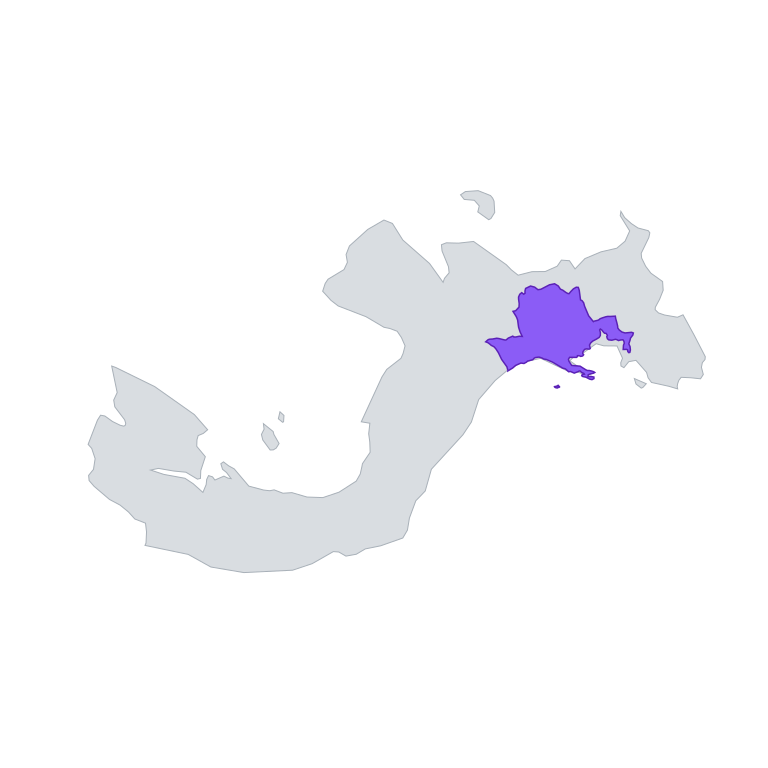 Ngöbe Buglé highlighted on a map of Panama, rotated 152°
{"feature_id": "PAN-3454", "entity_name": "Ngöbe Buglé", "entity_type": "Indigenous Territory", "adm_level": 1, "iso_a3": "PAN", "parent_name": "Panama", "parent_adm1": "", "projection": "natural_earth1", "projection_center": [-81.839, 8.721], "detail": "fine", "context": "in_parent", "style": "filled", "palette": "violet", "viewbox_px": 768, "rotation_deg": 152, "n_neighbors": 0, "source": "natural_earth", "source_scale": "10m", "svg_char_len": 5927}
<svg xmlns="http://www.w3.org/2000/svg" viewBox="0 0 768 768"><g transform="rotate(152 384 384)"><path d="M670.8,353.7L668.8,355.3L663.1,364.9L659.9,373.1L667.4,381.8L669.7,391.0L673.9,401.0L680.6,411.0L688.0,429.7L689.7,437.2L687.7,442.0L680.6,445.0L674.1,453.7L672.3,464.4L673.6,469.6L654.0,486.6L648.9,489.5L645.5,486.8L641.3,478.3L636.3,471.4L633.6,469.0L632.0,468.9L630.5,470.5L629.8,474.2L632.4,490.2L630.2,496.7L623.6,501.7L616.0,527.7L613.0,524.4L587.7,489.4L565.8,446.0L561.2,426.4L566.8,425.2L572.3,425.7L575.3,422.6L578.6,416.9L575.9,403.7L586.4,393.6L590.4,386.8L593.4,387.6L600.3,399.1L610.4,405.8L622.8,415.4L630.5,417.6L620.8,407.5L604.0,394.2L599.3,385.5L594.8,373.3L588.3,378.6L585.3,383.0L581.9,385.5L579.0,382.5L578.4,378.6L568.6,377.8L566.0,374.2L563.4,372.2L564.6,379.8L566.6,384.5L565.5,390.2L562.3,390.6L559.6,384.7L556.1,379.4L551.3,357.3L540.1,346.9L535.0,343.4L530.7,342.1L524.5,335.0L516.3,331.3L505.0,320.3L491.3,312.4L474.5,309.6L454.1,311.3L447.2,315.7L442.5,321.2L440.4,323.8L428.3,330.2L423.8,339.4L420.9,347.2L414.9,356.0L421.8,361.3L382.5,391.2L374.7,395.6L357.0,398.7L352.9,401.9L347.5,407.8L346.8,416.8L347.6,424.4L352.8,430.3L357.4,434.1L368.3,451.9L387.8,474.4L391.5,482.6L394.6,494.7L388.7,500.4L384.2,502.8L365.6,503.8L359.2,508.6L356.7,516.1L349.7,522.1L325.8,528.1L307.1,528.8L301.2,521.8L299.8,502.3L287.2,469.0L284.1,446.0L281.0,448.9L274.3,451.6L272.0,457.3L270.3,474.2L267.9,480.0L262.7,479.4L252.1,473.4L238.0,467.8L220.0,431.9L218.0,425.1L214.5,417.1L200.6,413.7L188.8,407.6L175.8,406.7L169.2,410.1L162.4,405.8L161.3,395.9L147.7,400.4L130.3,398.8L114.7,394.6L104.1,396.9L95.2,403.8L96.4,421.7L93.8,425.2L93.4,417.9L90.3,409.5L86.5,402.5L78.7,395.3L78.3,392.7L81.4,389.0L95.6,378.6L97.4,374.2L97.7,365.1L96.3,356.5L89.9,343.7L93.5,335.7L100.9,329.4L108.4,324.4L109.7,322.3L108.3,317.9L103.9,313.2L93.6,305.2L87.5,304.7L87.2,281.7L87.5,257.3L89.1,254.9L92.9,253.4L95.9,249.7L97.6,242.5L102.1,240.0L110.2,245.5L118.5,250.4L122.0,248.8L124.6,246.4L126.4,244.0L127.0,241.8L133.6,248.3L147.1,259.8L147.9,265.5L146.7,271.0L150.4,286.6L157.4,288.8L164.5,285.8L166.3,288.7L165.0,291.6L161.3,294.8L160.4,308.2L172.0,314.5L177.8,320.0L197.1,317.4L204.2,318.8L209.0,317.2L203.6,306.5L196.4,298.5L197.0,294.9L202.5,297.6L206.7,303.0L216.1,309.7L233.6,333.1L253.6,338.8L269.4,338.0L284.2,334.9L307.7,325.8L324.7,309.4L338.2,302.1L382.2,286.5L397.8,270.2L404.4,268.0L410.7,266.0L424.5,253.7L431.9,244.0L439.7,239.2L462.9,242.7L478.0,247.2L488.4,246.7L498.4,249.9L502.8,256.9L507.4,259.8L531.9,259.1L552.1,262.5L596.3,283.3L622.8,303.7L636.9,325.5L670.8,353.7ZM227.6,515.1L221.8,515.7L210.1,510.5L201.5,500.4L200.8,497.1L201.0,493.8L205.7,483.5L211.9,479.9L214.4,479.9L220.4,491.9L216.3,496.5L218.0,503.8L226.5,509.3L227.6,515.1ZM511.1,400.4L509.1,405.6L504.2,394.1L504.9,391.1L504.6,380.7L509.3,378.0L512.7,377.8L515.5,379.2L517.3,391.5L515.9,397.0L511.1,400.4ZM161.5,265.7L160.4,271.3L152.3,261.1L157.1,259.4L158.8,259.6L161.5,265.7ZM493.6,402.9L488.9,408.3L487.1,403.2L490.4,397.8L491.5,397.8L493.6,402.9Z" fill="#d9dde1" stroke="#a8b0b8" stroke-width="1"/><path d="M185.3,318.5L186.2,318.4L187.5,319.1L188.6,319.9L190.3,320.4L191.8,319.9L193.4,318.9L194.3,317.5L194.0,316.1L195.1,315.6L196.1,315.6L197.5,316.1L197.7,316.6L198.8,317.6L199.9,318.2L200.4,317.4L201.5,317.1L207.6,320.4L209.5,319.3L210.0,317.2L209.6,312.3L202.5,307.7L198.9,301.4L197.9,300.3L196.5,299.6L194.6,298.0L193.0,296.3L192.5,295.2L194.1,295.2L196.8,296.0L199.3,296.3L200.4,294.8L197.0,292.9L195.4,291.6L196.1,290.2L198.3,290.2L200.1,291.7L202.5,295.2L205.0,297.3L205.4,297.8L205.3,298.9L204.4,299.2L203.3,299.0L202.5,298.6L202.5,299.4L203.4,300.6L204.2,301.6L204.7,303.4L205.5,303.8L206.9,303.8L209.4,304.1L210.9,304.3L213.5,307.5L215.2,308.1L216.7,312.1L217.2,312.7L218.7,314.0L225.0,324.3L229.2,329.5L231.3,331.1L231.9,332.2L233.1,333.6L234.3,334.8L235.2,335.3L236.1,335.6L238.0,336.3L239.3,336.3L241.2,335.6L246.6,336.8L247.9,336.4L250.8,336.4L253.3,338.2L258.9,338.6L262.9,337.7L268.4,337.4L268.1,337.8L268.1,338.5L267.4,341.5L268.6,350.5L268.3,357.9L268.7,362.4L269.3,365.0L270.3,366.6L271.1,367.6L271.5,368.6L271.9,369.7L272.8,371.6L274.4,373.5L271.5,374.2L270.7,374.2L269.5,373.9L267.2,372.8L263.0,371.5L261.2,370.2L256.4,365.9L255.4,365.6L252.7,366.2L247.8,365.8L247.3,364.6L246.6,364.2L245.5,363.6L242.2,362.7L239.6,361.1L239.4,366.1L238.5,371.0L236.0,377.7L235.7,379.8L235.6,381.6L236.0,387.6L233.4,386.9L228.7,388.5L226.9,391.5L225.4,395.6L224.4,397.6L222.0,399.5L219.5,400.0L218.5,397.7L216.9,397.9L215.8,400.0L214.1,401.9L208.6,401.7L205.5,398.8L203.8,395.0L201.0,394.0L191.3,393.9L186.3,392.4L184.1,388.7L183.7,384.9L182.1,382.9L180.4,379.4L179.2,377.6L178.2,376.9L177.2,377.3L175.5,378.0L172.0,379.1L168.8,379.2L167.1,378.1L167.6,375.1L171.0,366.0L170.0,364.6L169.6,362.0L170.4,358.4L171.3,348.1L169.9,340.9L169.7,341.0L165.4,339.9L164.6,339.8L163.1,340.0L162.6,340.2L159.7,339.8L156.5,339.2L154.6,338.6L152.7,337.5L148.1,335.4L147.9,335.3L148.7,333.0L149.5,329.4L150.5,325.5L151.3,323.7L150.9,321.2L149.5,318.2L147.2,315.9L143.3,314.3L141.1,313.4L139.9,312.0L141.3,310.4L144.8,308.8L146.2,307.2L149.0,304.5L149.2,301.5L150.5,298.3L152.1,296.5L153.1,296.7L153.5,298.1L152.9,299.9L153.7,300.8L155.8,301.8L156.6,302.2L155.6,303.8L154.3,305.9L152.7,307.2L152.1,309.1L152.3,310.9L154.5,311.8L156.6,312.3L157.4,313.6L158.6,314.8L162.3,315.7L164.9,317.5L165.5,319.1L165.1,321.2L163.9,322.1L164.1,324.4L165.4,325.3L165.8,326.4L166.4,329.6L167.2,331.0L168.2,330.5L168.8,327.8L170.2,325.3L172.1,324.1L175.3,323.9L179.6,323.9L182.3,323.2L184.3,321.9L185.1,319.1L185.3,318.6L185.3,318.5ZM231.2,298.9L231.5,299.2L232.1,299.4L232.3,299.1L232.8,299.1L233.4,299.5L234.0,300.0L234.4,300.5L234.5,300.9L234.8,301.2L234.8,301.6L234.3,301.6L233.8,301.3L232.9,301.1L231.8,301.0L231.3,301.0L230.9,301.1L230.7,300.3L230.5,299.8L230.3,299.3L230.5,298.9L231.2,298.9Z" fill="#8b5cf6" stroke="#5b21b6" stroke-width="1.5"/></g></svg>